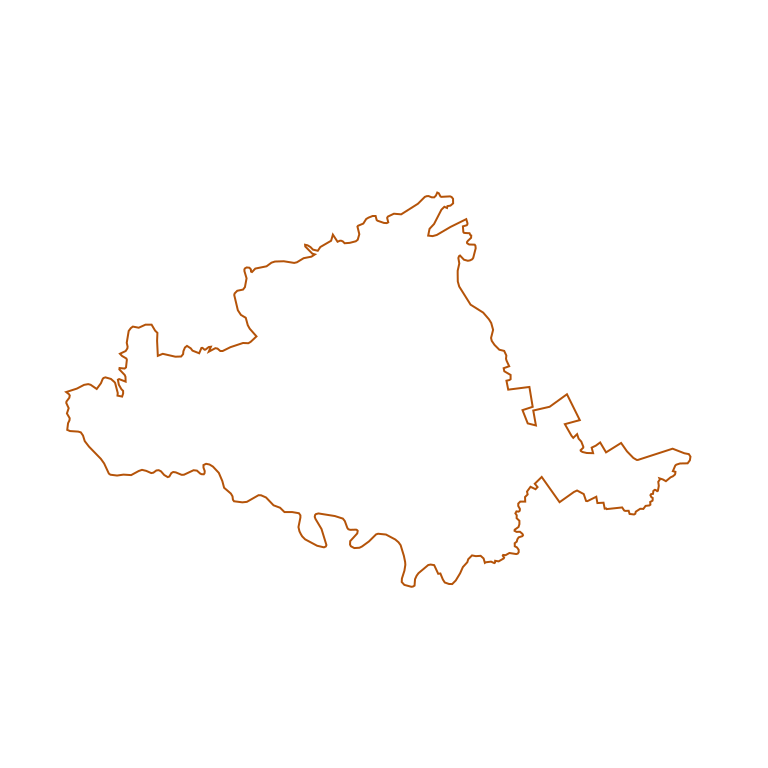 Tam Duong, Vĩnh Phúc, Vietnam (Robinson projection), rotated 278°
{"feature_id": "81297802B22502411355715", "entity_name": "Tam Duong", "entity_type": "district", "adm_level": 2, "iso_a3": "VNM", "parent_name": "Vietnam", "parent_adm1": "Vĩnh Phúc", "projection": "robinson", "projection_center": [105.552, 21.36], "detail": "fine", "context": "isolated", "style": "outline", "palette": "amber", "viewbox_px": 768, "rotation_deg": 278, "n_neighbors": 0, "source": "geoboundaries", "source_scale": "gbopen_adm2", "svg_char_len": 6145}
<svg xmlns="http://www.w3.org/2000/svg" viewBox="0 0 768 768"><g transform="rotate(278 384 384)"><path d="M567.2,392.5L554.4,377.4L554.0,370.1L550.3,364.5L548.9,364.0L544.7,365.7L543.7,364.3L543.5,361.5L544.8,354.8L545.4,353.9L549.2,352.3L548.8,349.4L546.6,345.5L544.9,343.4L540.0,341.2L537.1,336.3L536.2,335.8L528.9,338.7L523.2,337.9L521.4,336.2L519.0,330.4L517.9,325.4L519.4,323.5L519.9,321.9L519.8,320.5L518.4,318.2L524.8,312.6L518.5,311.7L510.8,301.9L506.7,299.9L507.2,294.9L509.4,292.1L510.7,289.0L510.9,286.5L509.2,286.9L503.1,294.9L502.7,297.5L500.0,294.4L497.4,286.9L492.4,280.8L491.4,278.2L491.6,267.7L490.1,259.0L488.5,255.7L484.2,251.3L480.4,240.5L476.5,237.7L476.8,236.7L479.0,236.2L480.4,234.5L480.3,231.8L479.2,230.3L478.1,229.8L476.3,230.1L469.5,233.2L460.6,232.8L457.9,231.3L455.9,225.7L452.9,223.5L451.3,223.3L436.7,229.0L432.5,232.7L430.3,237.9L423.3,240.9L420.1,243.3L413.4,251.1L407.2,246.1L405.5,244.0L405.0,238.7L399.1,226.8L394.2,219.6L393.9,217.3L395.9,214.2L396.0,212.0L391.6,206.0L396.8,207.4L396.2,205.3L393.2,202.4L393.0,201.5L394.5,199.2L394.3,198.2L388.7,196.7L390.4,189.7L392.4,187.7L394.3,183.6L392.4,181.8L388.6,180.8L385.6,180.9L383.0,179.3L382.0,173.6L383.1,160.7L380.4,156.1L395.1,153.3L403.1,152.5L405.0,149.9L410.4,145.6L409.6,139.6L405.6,133.3L405.9,127.3L404.1,125.5L401.0,123.8L389.0,123.5L385.3,124.9L383.5,124.9L380.7,123.6L377.2,118.3L375.3,120.7L373.4,125.3L372.2,126.0L364.5,126.2L363.2,125.0L363.0,119.9L361.6,119.9L356.8,126.0L355.1,127.0L350.4,127.8L352.0,121.0L351.2,119.9L346.4,121.5L342.3,124.7L340.9,126.6L338.3,127.0L335.1,126.4L335.4,121.7L338.0,121.6L347.6,117.6L348.5,116.7L351.0,112.9L351.8,107.2L350.9,105.4L349.8,104.7L345.4,103.6L339.1,100.2L342.4,93.6L342.7,91.1L341.4,87.1L336.7,80.5L331.8,70.4L330.0,73.5L328.9,74.4L326.6,74.3L322.5,72.0L321.0,72.0L316.2,75.1L310.7,74.1L306.4,77.5L304.3,77.6L301.2,76.6L294.5,76.7L293.7,79.6L294.3,87.8L293.9,90.5L291.1,93.1L285.8,95.6L280.9,100.6L270.5,114.0L266.4,117.9L257.0,124.0L256.1,125.7L256.2,132.4L258.0,138.6L258.6,146.3L263.7,153.2L265.3,156.3L264.9,160.6L263.4,165.9L264.1,168.0L266.7,170.6L267.3,172.9L266.5,175.3L263.3,179.0L261.7,182.8L262.5,184.3L266.2,185.8L267.5,187.5L267.5,190.1L265.9,196.2L266.3,198.5L272.1,207.4L272.2,210.8L269.7,214.5L269.3,215.9L269.5,218.1L270.6,218.7L272.8,218.6L276.0,216.9L278.6,216.5L280.2,218.9L280.0,222.4L278.4,226.1L273.0,232.8L265.4,237.4L259.0,240.1L254.2,247.6L251.7,249.6L248.4,250.5L247.0,251.8L247.1,260.2L248.2,264.6L256.4,275.2L256.7,277.7L255.2,283.0L248.5,291.5L247.0,298.3L243.3,303.3L244.4,311.0L244.2,317.7L242.3,319.5L240.1,319.8L230.4,319.2L226.3,320.8L223.7,322.6L221.7,324.2L219.2,327.5L214.5,340.3L213.9,347.3L215.0,349.0L216.5,349.4L231.7,342.3L240.9,334.9L242.8,333.9L244.7,334.0L245.7,334.7L246.7,337.1L246.4,353.7L245.0,362.0L242.8,364.3L236.4,367.7L235.2,368.9L234.9,370.8L235.9,376.7L235.5,377.8L234.9,378.4L232.3,378.3L223.7,372.4L220.3,372.7L218.7,373.8L217.4,377.4L218.4,382.4L220.0,384.8L226.0,391.0L234.0,397.1L234.9,399.0L235.2,406.9L231.6,416.8L229.3,420.4L226.7,422.9L216.6,427.6L210.7,429.7L207.9,430.3L202.0,430.2L193.8,428.8L190.4,429.1L187.9,432.1L187.0,439.3L187.4,440.8L188.6,442.3L195.0,441.9L198.7,443.0L201.5,444.5L210.9,453.0L211.7,455.3L211.6,458.9L203.6,464.1L204.2,466.2L198.6,469.5L195.9,471.8L195.0,476.3L195.4,479.4L199.4,482.4L207.1,485.7L213.7,487.6L219.1,491.3L222.2,491.8L226.5,495.0L226.3,498.9L227.3,503.6L225.1,506.9L220.9,508.8L221.6,509.6L223.0,514.7L222.0,518.1L222.6,518.8L224.4,518.7L224.3,522.2L227.9,526.8L228.8,527.1L230.5,525.5L231.3,525.8L231.4,528.2L234.1,531.7L234.0,538.6L234.6,540.0L236.2,540.8L238.6,540.4L240.7,538.4L241.5,536.1L244.5,535.6L246.4,537.4L248.8,537.7L250.9,538.7L252.6,542.2L253.7,542.7L254.9,541.9L256.6,539.2L256.0,535.8L256.8,533.7L257.9,533.7L261.1,537.1L264.1,537.6L267.4,537.1L269.6,534.0L272.5,533.7L274.2,532.1L276.3,532.9L276.3,534.9L276.9,535.8L278.0,536.1L279.3,535.9L281.9,533.9L284.3,533.6L286.5,535.3L287.2,540.2L291.7,539.4L294.6,541.6L297.4,540.6L302.6,543.4L300.9,548.7L303.3,550.4L306.2,547.2L313.9,553.1L291.4,574.3L303.5,587.1L305.4,590.0L302.8,597.1L296.3,600.4L296.3,601.7L301.9,609.9L295.8,611.9L297.0,617.9L291.3,619.9L291.7,621.4L291.1,621.9L294.9,637.0L292.2,639.4L291.9,640.5L292.5,643.9L289.5,645.3L289.6,649.8L290.5,650.9L292.6,651.1L296.1,655.1L296.4,658.2L299.7,660.0L300.7,663.7L301.6,664.6L304.2,664.0L305.8,666.1L306.7,666.2L308.6,665.9L309.2,664.5L311.0,663.3L312.1,663.8L312.7,665.7L315.5,665.6L316.8,666.7L316.9,667.7L315.9,669.4L316.4,670.1L321.4,670.3L325.3,669.2L327.9,670.5L328.9,669.9L328.3,673.4L327.0,676.7L331.5,680.8L332.8,682.9L334.8,684.7L335.9,684.9L337.6,684.8L337.9,682.2L343.8,683.8L344.8,684.7L346.5,688.2L347.7,695.7L351.0,697.5L354.7,697.6L357.0,695.6L357.2,691.1L360.1,678.8L344.1,645.9L344.0,644.8L345.5,641.2L351.1,634.0L358.6,627.0L347.2,613.4L356.2,606.2L352.4,602.3L349.9,598.5L344.6,600.7L343.9,594.4L344.3,590.0L345.1,588.2L345.8,587.9L348.7,590.2L349.6,590.1L354.4,587.4L357.0,584.3L361.2,582.2L357.0,578.9L358.8,576.9L369.4,568.7L375.5,582.9L399.3,566.6L384.5,551.2L378.5,535.5L364.1,540.2L365.0,531.8L377.4,524.8L382.1,534.4L401.3,528.4L395.7,507.8L404.3,504.8L405.4,507.7L406.4,508.7L410.6,508.1L413.3,501.4L416.3,500.3L419.0,505.5L424.2,502.1L426.0,501.3L429.2,501.2L433.5,498.4L434.0,493.4L438.1,488.0L441.7,484.7L444.5,483.6L452.8,484.5L459.3,481.7L462.7,478.9L468.5,472.3L474.6,458.7L491.0,444.9L495.8,442.8L503.5,441.6L506.4,441.2L513.8,441.8L519.1,440.1L521.0,440.5L521.8,441.4L518.2,445.9L517.7,449.9L518.4,452.0L519.8,454.0L521.3,454.8L531.2,455.9L533.6,455.3L534.6,454.4L534.0,448.9L534.9,446.8L536.0,446.4L537.4,447.1L540.9,449.9L543.2,449.7L543.5,448.8L545.2,447.7L544.8,443.1L544.9,442.0L545.6,441.4L551.1,440.2L552.7,443.8L553.5,444.3L554.8,444.3L558.7,442.5L548.8,428.0L538.9,415.5L537.2,411.5L537.1,407.1L544.0,407.5L549.4,411.3L564.6,416.6L567.9,419.1L567.1,421.9L569.0,422.1L569.9,425.0L572.5,427.3L577.0,426.6L578.6,424.9L579.0,423.3L577.3,414.7L577.6,413.8L580.5,411.7L581.0,410.1L577.8,409.2L575.8,407.7L575.5,405.3L576.3,402.0L576.0,400.3L575.0,398.4L567.2,392.5Z" fill="none" stroke="#b45309" stroke-width="2"/></g></svg>